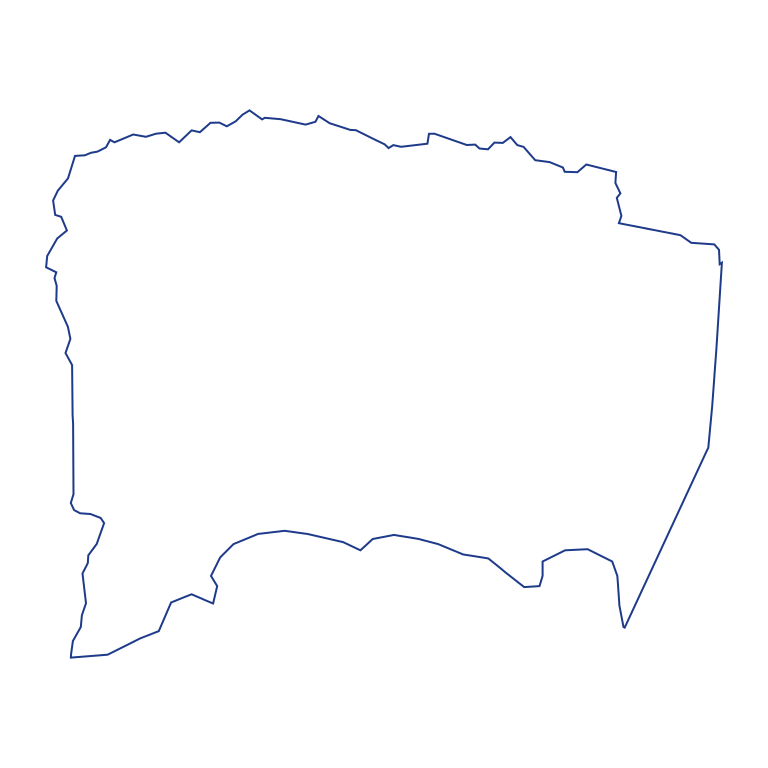 Lajas, Puerto Rico (Albers equal-area conic projection)
{"feature_id": "32010507B28103012902602", "entity_name": "Lajas", "entity_type": "district", "adm_level": 2, "iso_a3": "PRI", "parent_name": "Puerto Rico", "parent_adm1": "", "projection": "albers", "projection_center": [-67.049, 18.006], "detail": "fine", "context": "isolated", "style": "outline", "palette": "blue", "viewbox_px": 768, "rotation_deg": 0, "n_neighbors": 0, "source": "geoboundaries", "source_scale": "gbopen_adm2", "svg_char_len": 2068}
<svg xmlns="http://www.w3.org/2000/svg" viewBox="0 0 768 768"><path d="M70.9,657.6L107.6,654.7L140.4,638.3L158.8,631.1L171.1,602.5L184.4,597.1L191.6,594.3L202.1,598.8L205.0,600.1L213.1,603.5L217.2,586.1L214.5,581.7L211.0,575.9L211.2,575.5L220.2,557.4L233.5,544.1L254.1,535.6L258.1,533.9L261.8,533.5L284.7,530.8L305.4,533.7L307.2,533.9L343.0,542.1L345.0,543.0L360.4,550.3L365.7,545.5L372.7,539.0L394.2,534.9L396.7,535.4L409.9,537.5L418.8,539.0L421.4,539.7L438.2,544.1L445.4,547.1L462.5,554.2L462.8,554.4L471.8,555.8L484.4,557.8L488.4,558.5L501.9,569.4L504.5,571.6L504.7,571.8L518.3,582.5L524.2,587.1L539.5,586.1L540.9,581.6L542.6,575.8L542.6,561.5L565.1,550.3L587.6,549.2L610.4,560.6L612.2,561.5L617.3,575.8L617.8,582.0L618.9,598.0L619.4,605.5L623.5,627.0L624.7,627.6L706.0,452.5L708.3,447.7L712.2,406.1L714.4,376.2L714.4,375.7L716.3,350.3L721.9,262.7L719.7,264.2L719.0,249.8L714.3,244.4L691.2,242.8L680.5,235.2L618.9,223.2L621.4,215.9L616.8,197.8L620.4,193.4L615.4,183.0L616.1,172.0L586.3,164.5L577.4,172.2L572.0,172.0L564.7,171.8L562.9,167.5L549.6,162.1L535.2,160.2L523.6,146.9L517.3,145.1L510.5,137.1L502.8,142.9L494.4,142.6L488.0,149.3L479.5,148.5L475.2,144.6L466.8,145.0L434.4,133.7L429.0,133.8L427.4,143.7L401.1,146.8L393.3,145.1L388.6,148.1L384.6,144.3L374.8,139.6L355.9,130.2L350.3,129.9L329.6,123.2L318.5,116.0L315.4,121.8L305.6,124.6L280.7,119.2L264.8,117.8L262.1,119.4L249.5,110.4L242.5,114.7L235.7,121.3L226.8,126.3L219.3,122.6L210.5,122.8L199.9,132.2L191.6,130.4L179.1,142.3L165.4,132.7L156.0,133.7L145.9,136.8L133.2,134.5L114.5,142.3L110.1,139.9L106.0,147.3L97.5,151.6L90.9,152.8L84.9,155.3L75.0,155.9L68.0,178.4L57.8,190.7L53.1,200.5L55.2,214.9L61.2,216.8L66.9,230.5L57.2,238.5L47.2,256.0L46.1,267.3L56.3,272.3L54.5,278.0L56.7,285.9L56.3,300.9L67.9,326.8L70.4,338.9L65.5,353.0L72.1,365.1L72.6,415.5L73.1,423.5L73.5,494.2L70.8,503.0L74.1,510.1L80.2,513.3L90.4,514.0L100.7,518.0L104.1,523.1L96.7,544.0L88.3,555.3L87.8,563.1L82.5,573.5L86.0,603.3L81.9,615.2L80.8,627.0L72.9,641.0L71.0,654.7L70.9,657.6Z" fill="none" stroke="#1e3a8a" stroke-width="2"/></svg>